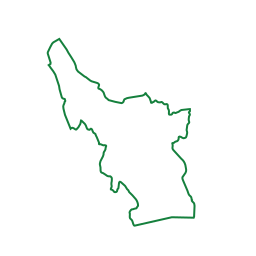 SVG path tracing the border of Catamarca, rotated 168°
{"feature_id": "ARG-1300", "entity_name": "Catamarca", "entity_type": "Province", "adm_level": 1, "iso_a3": "ARG", "parent_name": "Argentina", "parent_adm1": "", "projection": "equal_earth", "projection_center": [-67.01, -27.65], "detail": "fine", "context": "isolated", "style": "outline", "palette": "green", "viewbox_px": 256, "rotation_deg": 168, "n_neighbors": 0, "source": "natural_earth", "source_scale": "10m", "svg_char_len": 5663}
<svg xmlns="http://www.w3.org/2000/svg" viewBox="0 0 256 256"><g transform="rotate(168 128 128)"><path d="M87.6,104.0L87.8,103.9L87.9,103.6L87.8,102.6L87.9,102.1L88.0,101.3L88.5,99.8L88.7,99.1L88.6,97.9L88.1,96.8L82.3,86.9L81.2,85.3L80.4,83.7L79.9,82.0L79.6,79.9L79.7,76.7L79.8,75.0L80.2,73.6L81.1,72.2L85.0,68.5L85.3,67.0L85.0,65.0L82.9,54.4L82.5,51.1L82.2,50.0L81.7,49.0L81.1,48.3L80.6,47.3L80.5,46.1L80.6,45.0L80.3,44.2L80.7,43.6L80.3,42.7L79.2,41.0L79.0,40.3L79.0,39.5L79.1,38.0L81.8,27.5L82.4,26.6L82.8,26.7L103.7,31.6L140.8,31.1L141.8,31.1L142.0,31.2L142.2,31.3L142.3,31.5L142.5,31.8L142.7,32.5L142.8,33.0L143.1,36.1L143.2,36.3L143.3,36.7L143.3,36.9L143.8,37.7L144.3,38.5L144.7,39.1L144.8,39.5L144.8,40.1L144.8,40.5L144.0,43.7L144.0,44.1L144.1,44.5L144.1,44.8L144.0,45.0L143.9,45.3L143.5,46.0L142.0,47.3L141.7,47.4L141.5,47.5L141.2,47.6L139.9,47.5L138.6,47.7L136.6,47.7L136.3,47.9L136.2,48.0L135.6,48.7L135.1,49.2L134.9,49.3L134.7,49.5L134.4,49.8L134.3,50.0L134.3,50.3L134.2,50.7L134.1,51.8L134.2,53.4L134.6,55.3L135.2,56.8L137.7,61.3L140.2,65.1L140.6,66.9L140.9,67.4L141.6,68.4L142.8,71.8L143.4,72.7L145.4,75.4L146.3,76.6L146.6,76.8L146.9,77.0L147.1,77.1L147.3,77.0L147.6,76.9L147.9,76.6L148.0,76.4L148.2,76.1L149.6,72.0L149.9,71.2L150.1,70.9L150.3,70.8L151.1,70.2L151.7,68.8L152.0,68.4L152.3,68.1L152.8,67.9L153.3,67.9L153.8,67.9L154.4,68.1L154.8,68.4L155.4,69.7L156.2,70.7L157.5,71.5L157.3,72.4L157.1,72.7L156.7,73.1L156.3,73.8L156.1,74.3L156.0,75.1L156.0,75.8L155.9,76.7L155.6,77.8L154.9,79.5L154.4,81.5L154.3,82.2L154.3,82.6L154.5,83.2L155.0,84.0L155.4,84.4L156.1,84.6L156.7,84.7L157.5,85.0L158.2,85.4L158.6,85.8L159.7,87.0L161.7,89.0L163.0,89.8L163.3,90.1L163.5,90.4L163.6,90.8L163.6,91.1L163.7,91.5L163.7,92.0L163.6,92.4L163.2,94.7L163.1,95.2L163.1,97.6L163.1,98.0L163.0,98.7L162.6,99.7L161.8,101.3L159.7,103.9L158.6,105.2L157.9,106.3L157.3,107.5L157.2,108.1L157.1,108.5L156.8,109.1L156.2,109.9L155.5,110.5L154.5,111.8L154.0,113.3L153.2,114.7L153.1,114.9L153.1,115.1L153.2,115.4L153.5,115.6L154.1,115.9L154.7,116.1L155.8,116.2L156.1,116.4L158.3,117.9L159.2,118.0L159.4,118.1L159.6,118.2L159.7,118.5L159.4,119.7L160.5,125.7L160.8,126.7L161.1,128.4L161.1,128.8L161.3,129.1L161.5,129.3L161.9,129.8L162.1,130.0L162.5,130.3L162.7,130.5L162.9,130.9L163.3,132.6L163.4,133.4L163.5,133.9L163.7,134.3L163.8,134.5L164.4,135.0L165.2,134.7L165.6,134.5L165.8,134.3L166.3,134.3L167.7,135.1L168.0,135.5L168.4,136.9L168.7,139.1L169.2,140.6L169.5,141.2L172.0,144.9L172.4,145.1L172.6,144.7L173.3,142.9L174.1,141.5L174.3,141.3L175.3,140.3L176.2,139.2L178.8,137.3L179.0,137.3L179.3,137.3L179.7,137.6L180.2,138.0L180.8,138.7L181.4,139.2L182.0,139.6L182.5,139.8L182.9,139.8L183.4,139.7L184.3,139.2L186.9,154.0L187.1,160.1L186.9,162.4L186.5,163.4L186.1,164.1L185.4,165.0L185.0,165.7L184.6,166.7L184.4,166.9L183.9,167.2L183.8,167.4L183.7,167.6L183.8,169.1L183.8,169.3L183.9,169.5L184.0,169.5L185.5,170.4L186.1,171.1L186.2,171.3L186.3,171.5L186.4,172.2L186.9,180.1L186.7,183.5L188.0,195.3L189.3,199.0L191.2,203.1L191.5,203.9L191.6,204.1L191.9,204.9L192.5,206.0L190.5,206.8L190.1,208.1L191.0,217.4L190.9,218.2L190.6,218.9L187.3,223.2L184.7,226.3L183.2,227.3L176.7,229.4L171.7,217.5L170.6,213.8L168.8,209.1L166.9,203.7L166.6,202.3L166.2,199.8L166.2,199.2L166.3,198.5L166.2,196.6L166.2,196.2L166.0,195.6L165.1,193.6L159.7,187.3L159.4,187.1L158.8,186.7L155.1,182.3L153.8,181.2L148.7,178.4L148.1,177.9L147.8,177.6L147.4,176.8L147.3,176.6L147.3,176.3L147.4,176.0L147.6,175.5L147.8,175.2L148.0,174.9L148.6,173.8L148.7,173.5L148.7,173.3L148.7,172.9L148.6,172.7L148.2,172.4L147.5,172.0L147.4,171.9L146.8,171.4L145.8,170.3L144.8,168.5L144.5,167.8L144.1,164.5L143.8,163.2L143.7,163.0L143.6,162.7L143.4,162.4L143.1,161.9L142.2,160.9L141.1,159.3L135.2,156.3L129.2,153.7L128.2,153.8L127.6,154.2L127.2,154.4L127.0,154.6L126.9,154.7L126.8,154.9L126.7,155.1L126.5,155.5L126.0,156.2L125.8,156.5L125.5,156.8L125.1,156.9L122.8,157.4L120.6,157.4L107.1,156.7L105.2,157.2L104.7,157.5L103.9,158.3L103.5,158.4L103.2,157.9L103.1,157.5L103.0,156.9L102.9,156.7L102.6,156.2L102.2,155.6L100.8,153.2L100.7,153.0L100.4,151.6L100.3,150.0L100.1,149.4L100.1,149.2L100.2,148.4L100.2,148.1L100.1,147.9L99.9,147.8L99.6,147.7L99.2,147.7L99.0,147.8L98.5,148.1L98.2,148.1L97.7,148.1L97.1,148.4L96.5,148.8L95.9,149.1L95.5,149.2L95.3,149.2L95.0,149.0L94.6,148.7L94.3,148.2L94.2,148.0L93.9,147.6L93.6,147.3L93.5,147.2L93.2,147.0L91.8,146.5L91.0,146.4L90.1,146.5L89.9,146.5L89.6,146.4L89.4,146.2L89.1,145.9L88.8,145.5L88.4,144.8L88.0,144.2L87.7,143.9L87.5,143.7L87.2,143.6L86.9,143.5L86.4,143.4L85.9,143.4L85.5,143.4L85.3,143.4L85.1,143.3L84.6,142.9L84.5,142.5L84.4,142.3L84.4,142.0L84.5,141.5L84.9,139.4L84.9,139.2L84.9,138.9L84.9,138.7L84.5,137.8L84.5,137.7L84.4,137.2L84.4,136.8L84.4,136.3L84.4,136.0L84.9,134.1L85.0,133.6L85.0,133.3L85.0,133.1L84.9,132.9L84.9,132.7L84.5,132.4L84.2,132.3L82.8,132.1L82.5,132.2L82.1,132.4L81.8,132.7L81.5,133.0L81.3,133.3L81.2,133.4L80.7,133.6L80.2,133.6L79.7,133.5L79.4,133.4L78.8,132.9L78.6,132.8L78.3,132.8L78.0,132.8L77.2,133.0L75.1,133.3L74.8,133.4L74.2,133.8L72.1,134.5L63.9,133.7L63.5,133.6L63.8,132.1L63.9,131.6L64.2,131.3L65.1,130.8L65.2,130.5L65.1,129.9L64.9,129.4L64.7,128.9L64.7,128.2L64.9,127.8L65.6,127.0L65.9,126.6L66.6,124.6L66.9,123.5L67.0,122.5L66.9,122.0L66.9,121.4L66.9,120.9L67.2,120.4L67.7,120.0L68.7,119.3L69.2,118.8L69.5,118.2L71.0,114.1L71.1,113.5L71.0,111.9L71.1,111.1L71.4,110.2L72.6,107.7L73.1,107.0L73.5,106.7L74.6,106.4L76.0,106.5L77.1,107.3L78.1,108.3L79.3,108.9L80.1,108.7L80.4,108.2L80.6,107.4L80.9,106.5L81.4,105.8L82.1,105.2L82.8,104.9L84.4,104.8L85.0,104.6L86.4,103.9L86.7,103.9L87.6,104.0Z" fill="none" stroke="#15803d" stroke-width="2"/></g></svg>